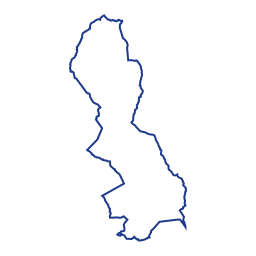 Opatoro, La Paz, Honduras
{"feature_id": "27666195B51886309725377", "entity_name": "Opatoro", "entity_type": "district", "adm_level": 2, "iso_a3": "HND", "parent_name": "Honduras", "parent_adm1": "La Paz", "projection": "mercator", "projection_center": [-87.876, 14.039], "detail": "fine", "context": "isolated", "style": "outline", "palette": "blue", "viewbox_px": 256, "rotation_deg": 0, "n_neighbors": 0, "source": "geoboundaries", "source_scale": "gbopen_adm2", "svg_char_len": 5774}
<svg xmlns="http://www.w3.org/2000/svg" viewBox="0 0 256 256"><path d="M75.6,55.1L74.9,56.9L74.5,57.4L73.8,58.0L72.4,58.8L71.7,59.6L71.3,61.2L70.1,64.1L70.1,64.5L70.4,64.7L70.5,65.0L70.5,65.8L70.0,68.2L70.2,69.0L70.7,69.9L70.4,70.7L70.6,71.4L70.8,71.7L71.2,71.9L72.0,71.7L72.5,71.7L73.6,72.6L73.8,73.2L73.8,74.4L74.4,76.1L74.5,77.4L74.8,78.0L75.5,78.4L76.2,78.4L87.1,93.2L88.8,93.4L89.4,93.8L89.8,94.7L90.0,96.2L90.5,97.6L92.0,100.5L92.6,101.2L93.2,102.3L94.7,103.1L95.9,103.8L96.9,104.1L98.1,104.8L99.3,106.3L99.9,106.8L100.4,107.6L98.8,108.6L98.0,109.9L98.3,111.5L98.7,112.4L98.7,113.4L99.0,113.9L99.0,114.5L98.7,115.2L98.8,115.9L98.6,116.1L97.0,116.5L96.5,117.1L96.3,117.4L96.6,118.7L96.5,119.1L96.4,119.4L96.0,119.6L102.1,128.2L97.4,139.5L87.2,150.0L88.0,150.7L89.0,151.1L89.4,151.4L89.8,151.6L90.9,152.9L91.7,153.3L91.8,154.2L91.9,154.5L93.5,155.1L94.0,155.9L94.6,156.5L95.8,156.8L96.4,157.4L97.4,157.4L99.6,157.8L100.1,158.3L101.8,159.3L102.5,159.8L103.1,159.5L103.3,159.7L103.5,160.1L104.9,160.4L106.2,160.5L107.1,161.0L108.3,161.4L109.5,161.3L109.8,161.3L110.0,161.6L110.1,162.1L110.2,165.1L110.6,166.0L110.9,166.4L111.3,166.6L113.5,168.7L114.8,169.2L114.9,169.5L114.9,170.0L115.0,170.5L116.2,171.5L117.2,172.6L119.1,173.9L119.7,174.6L124.0,183.6L102.2,195.8L103.6,197.1L104.2,197.8L104.7,198.9L105.2,200.7L108.2,205.2L108.4,205.7L108.6,207.0L108.8,207.5L109.2,208.0L110.0,208.8L109.9,209.6L109.9,210.7L109.6,211.8L109.8,212.1L110.5,212.5L110.7,213.5L110.6,214.1L110.1,215.1L109.9,216.0L109.8,216.7L110.0,217.6L112.7,217.7L116.6,217.4L117.6,217.4L119.2,217.8L120.1,217.8L121.8,217.4L123.6,216.3L127.4,219.7L126.3,221.1L125.3,222.0L123.8,224.7L123.9,226.2L124.4,227.8L124.5,229.2L124.4,230.1L124.1,230.8L123.9,231.0L123.6,231.1L121.3,231.3L121.0,231.6L120.5,232.6L120.1,232.8L119.0,233.0L118.1,233.9L117.4,234.7L118.9,235.4L120.4,235.7L120.7,235.5L120.8,235.2L120.7,234.1L121.1,233.9L121.5,234.1L122.5,234.7L124.6,235.7L126.2,238.4L126.6,238.7L127.4,238.9L129.1,238.8L130.4,239.0L131.6,239.0L132.7,238.0L133.8,237.7L134.1,236.9L134.4,236.7L134.6,237.0L134.6,237.4L134.9,237.9L136.1,238.5L136.3,239.0L137.0,239.4L137.4,239.3L137.7,239.1L138.0,239.1L138.2,239.4L138.2,240.1L138.4,240.3L139.1,240.3L140.3,240.6L140.6,240.5L141.3,240.1L142.3,240.1L143.7,239.8L145.0,239.4L146.5,238.4L147.0,238.5L147.5,238.0L147.7,237.6L148.7,237.5L149.2,237.7L149.6,237.4L149.2,236.7L149.1,236.3L149.5,234.9L151.1,232.3L151.0,231.1L151.9,230.1L153.1,229.1L159.5,221.8L177.5,219.6L179.8,219.6L180.3,220.0L180.7,220.5L183.5,224.1L184.6,225.8L185.4,227.0L185.3,225.7L184.4,223.0L184.3,222.3L184.1,221.8L183.4,221.0L183.2,220.3L183.5,218.7L184.0,216.9L179.8,210.4L180.7,209.5L181.5,209.0L182.6,208.8L182.9,208.7L183.0,208.4L183.0,207.3L183.1,207.0L184.3,206.5L185.5,205.4L185.1,204.6L184.9,204.3L184.8,203.9L184.7,203.1L185.0,200.6L184.7,199.3L184.3,198.4L184.5,197.3L184.3,196.2L184.9,194.9L184.9,194.1L185.3,193.0L185.2,192.6L185.1,192.1L185.8,191.4L185.9,191.1L186.0,190.5L185.7,189.5L185.9,188.5L185.6,187.8L184.4,186.4L183.5,185.7L183.3,185.3L183.2,184.6L183.8,183.7L183.8,183.2L183.0,182.1L183.0,181.2L182.3,180.4L181.9,178.9L181.6,178.6L180.5,178.2L178.5,177.2L177.5,176.0L177.1,175.2L177.2,174.6L176.1,175.2L175.4,175.4L174.6,175.4L173.6,175.1L172.8,174.1L171.8,172.3L170.9,171.1L169.2,169.9L168.8,169.4L168.7,169.1L168.5,168.1L168.6,166.6L168.4,165.7L168.1,165.2L167.3,164.6L166.4,163.8L166.1,163.3L165.4,162.0L165.2,160.2L164.8,159.3L164.0,158.4L163.6,157.0L163.4,156.6L162.4,155.4L161.3,154.7L161.0,154.4L160.9,153.6L161.3,151.9L161.3,151.0L161.3,150.4L161.0,149.8L160.4,149.7L160.0,149.2L160.0,148.9L160.1,148.1L159.3,147.4L158.4,145.0L158.0,143.6L157.2,142.4L157.0,141.8L155.9,140.2L155.6,138.6L154.7,136.0L154.3,135.4L154.1,135.2L152.9,134.7L150.2,134.4L147.8,133.8L146.0,132.7L143.8,132.0L141.7,131.6L140.0,131.1L138.7,129.5L136.4,127.3L135.2,125.5L133.4,124.4L132.4,123.6L131.6,122.9L131.5,122.6L131.5,122.3L131.6,122.0L132.7,121.2L133.1,120.3L133.3,118.2L133.2,117.0L133.7,115.2L133.6,114.3L133.7,114.2L134.1,114.0L134.5,113.6L134.9,111.8L134.9,110.1L135.6,109.7L136.3,108.8L136.9,108.4L137.1,108.1L136.8,105.2L137.3,104.5L137.9,103.8L138.0,102.8L138.9,101.3L139.0,100.3L138.8,98.8L138.9,97.8L139.3,97.2L140.5,97.1L140.8,96.8L140.9,96.5L140.6,95.6L140.6,95.1L141.4,94.3L142.3,93.0L142.8,91.3L142.8,90.9L142.6,90.4L140.9,88.1L140.7,87.3L140.5,85.8L139.7,85.2L140.2,84.2L140.1,82.5L140.4,81.5L140.5,80.7L141.0,79.3L141.3,77.4L141.8,76.2L142.1,75.2L141.7,72.5L141.8,70.6L141.6,69.9L140.9,68.2L140.9,66.8L140.6,65.8L138.8,63.1L138.2,62.1L137.8,61.7L137.5,61.6L137.3,61.0L137.1,60.8L136.2,60.4L135.8,60.5L134.9,60.8L134.6,60.8L131.4,60.2L128.9,60.2L128.2,60.3L127.1,47.8L127.1,47.1L127.5,46.4L127.6,45.9L127.6,44.8L127.4,43.9L126.9,42.4L126.2,41.4L124.4,39.2L123.0,38.3L119.8,27.8L119.9,25.0L120.0,24.4L120.2,24.0L120.9,23.6L121.4,22.9L121.8,22.2L122.0,21.5L122.3,21.1L122.3,20.9L122.1,20.7L121.5,21.0L120.5,20.9L119.8,20.3L119.1,20.2L118.9,19.8L118.7,19.8L117.9,20.2L117.5,20.9L116.1,21.3L115.6,21.1L115.3,20.7L114.5,20.8L114.2,20.7L114.0,20.4L113.2,20.3L112.9,20.0L112.6,19.9L112.2,20.0L111.6,20.6L111.1,20.7L109.6,20.0L109.5,19.7L108.5,19.7L108.2,19.3L107.7,19.3L106.0,17.7L105.5,17.3L104.2,15.4L102.9,16.0L100.6,17.9L100.3,18.5L100.2,19.5L100.1,19.8L98.8,19.3L97.4,19.4L95.2,20.7L93.8,22.0L92.0,22.7L91.1,23.3L90.8,23.7L90.3,25.1L90.0,27.1L90.2,28.3L90.1,28.6L89.7,28.8L89.3,28.7L89.1,29.2L88.9,29.5L88.2,29.8L87.3,30.5L85.8,31.1L85.7,31.2L85.7,31.5L84.5,32.0L82.9,33.2L82.8,33.6L82.2,35.0L82.1,36.9L82.2,37.5L82.1,37.9L81.1,39.2L80.9,40.6L80.6,41.0L80.1,41.8L79.8,42.7L79.3,43.7L78.7,44.3L78.6,44.6L78.3,45.0L78.3,45.6L77.8,45.9L77.3,46.9L76.8,47.2L77.2,49.0L76.7,49.5L77.0,50.2L77.2,51.4L76.0,54.2L76.0,55.0L75.6,55.1Z" fill="none" stroke="#1e3a8a" stroke-width="2"/></svg>